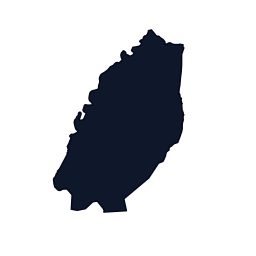 the district of La Union, Copán, Honduras, rotated 229°
{"feature_id": "27666195B95326987561994", "entity_name": "La Union", "entity_type": "district", "adm_level": 2, "iso_a3": "HND", "parent_name": "Honduras", "parent_adm1": "Copán", "projection": "robinson", "projection_center": [-88.924, 14.696], "detail": "fine", "context": "isolated", "style": "filled", "palette": "ink", "viewbox_px": 256, "rotation_deg": 229, "n_neighbors": 0, "source": "geoboundaries", "source_scale": "gbopen_adm2", "svg_char_len": 5801}
<svg xmlns="http://www.w3.org/2000/svg" viewBox="0 0 256 256"><g transform="rotate(229 128 128)"><path d="M76.7,110.8L81.5,128.0L79.9,132.5L80.2,133.0L80.4,133.4L80.6,134.5L80.8,134.7L81.1,134.9L81.3,135.2L81.4,135.5L81.4,135.9L81.5,136.2L81.6,136.4L82.0,136.6L82.2,136.9L82.3,137.2L82.2,137.7L82.3,138.0L82.5,138.2L83.0,138.6L84.3,140.5L84.6,141.1L84.7,141.5L84.6,144.3L84.6,144.6L85.3,145.1L86.0,145.8L86.2,146.0L86.3,146.5L86.3,146.9L86.3,147.3L86.0,148.2L85.9,148.9L86.0,150.7L86.0,152.4L84.5,156.0L88.1,162.8L88.8,163.7L89.7,165.5L91.8,168.3L92.2,168.7L94.9,171.0L95.5,171.7L96.6,173.0L97.3,174.3L98.1,175.1L98.9,175.8L99.4,176.2L99.7,176.3L100.1,176.3L100.3,176.4L100.5,176.7L100.6,177.3L101.4,178.7L101.5,178.8L102.0,178.8L102.8,179.1L103.0,179.2L103.3,179.6L103.5,179.7L105.0,179.9L105.1,180.0L105.1,180.3L106.5,180.4L106.5,180.5L106.6,180.9L107.0,181.3L110.3,183.7L110.7,184.2L110.8,184.7L111.0,184.9L111.2,185.0L111.4,185.0L111.5,185.0L111.6,184.8L111.7,184.7L111.9,184.7L112.1,184.8L112.4,185.0L112.7,185.5L113.1,185.8L113.3,185.9L113.6,185.8L114.6,186.7L114.9,186.9L115.0,187.0L115.0,187.4L115.3,187.6L115.5,187.6L116.6,187.6L118.1,187.8L118.3,187.9L118.4,188.4L118.7,188.8L118.8,188.8L119.0,188.6L119.3,188.8L119.7,188.6L119.8,188.7L120.0,188.9L120.1,189.0L120.2,189.3L120.6,189.3L120.9,189.1L121.0,189.1L121.9,190.2L122.6,190.7L123.0,191.4L123.3,191.6L123.6,191.7L125.9,194.7L132.7,201.8L135.0,204.4L140.2,209.6L148.4,216.8L151.8,222.6L152.5,222.7L153.6,222.7L153.8,222.9L154.3,223.8L154.5,224.0L154.8,224.0L155.0,223.9L156.2,222.8L156.7,222.5L157.1,222.2L157.4,221.8L157.6,221.1L158.2,220.3L159.2,219.3L159.8,218.5L161.1,217.3L161.9,216.7L164.0,215.9L164.6,215.6L165.0,215.3L165.2,214.9L165.5,214.1L166.2,211.6L166.2,211.2L166.3,211.0L166.7,211.1L167.4,211.4L168.4,212.0L169.0,212.3L169.5,212.4L171.5,212.5L175.0,211.6L175.8,211.5L176.4,211.5L176.9,211.4L177.3,211.1L177.7,210.9L178.2,209.8L178.3,209.8L178.5,209.8L178.9,209.9L179.2,209.8L186.6,210.0L186.8,209.7L187.4,208.4L187.9,207.7L188.0,207.4L187.9,207.2L187.5,206.8L186.8,205.7L186.0,204.1L185.8,203.4L185.8,202.7L185.9,202.0L186.0,201.6L186.4,201.1L186.5,200.8L186.5,200.5L186.5,199.9L186.2,199.3L186.0,198.8L185.3,197.8L185.1,197.3L185.2,196.7L185.7,195.8L185.9,195.1L185.9,194.8L185.8,194.1L185.7,193.8L185.5,193.6L185.3,193.7L185.1,193.8L184.1,194.0L183.6,194.0L183.3,193.9L183.0,193.5L182.7,193.0L182.4,192.3L182.3,192.1L182.3,191.5L182.3,190.7L182.5,189.9L184.2,186.8L185.5,184.9L185.6,184.7L185.3,183.8L185.0,183.3L184.4,182.0L184.2,181.6L183.9,181.5L182.9,181.5L182.0,181.8L181.0,182.1L180.7,182.1L180.5,181.9L180.5,181.4L180.1,180.4L179.9,179.7L180.6,177.2L180.8,176.7L181.2,176.4L181.8,176.2L182.6,176.0L184.0,175.3L184.7,174.8L184.9,174.7L185.2,174.8L186.2,175.6L186.9,175.8L187.8,175.7L188.7,175.4L189.1,175.2L189.3,174.9L189.2,174.6L189.0,173.9L188.9,172.4L188.6,171.8L188.1,171.0L187.3,170.2L185.7,169.3L184.9,169.0L183.7,168.7L183.4,168.6L183.3,168.4L183.2,168.1L183.0,166.7L182.9,164.8L182.9,164.3L183.0,164.1L183.3,163.7L184.8,162.5L185.0,162.1L185.2,161.5L185.2,160.6L184.9,158.0L185.1,157.0L185.6,155.5L185.7,154.6L185.6,154.0L185.3,152.5L185.1,150.9L185.1,150.3L185.2,149.1L185.4,146.7L186.0,143.5L186.0,142.8L185.9,142.3L185.6,141.4L185.2,140.6L184.8,139.8L184.4,139.3L184.0,138.9L183.7,138.6L182.8,138.2L182.4,137.9L181.8,137.4L181.2,136.9L180.7,136.3L180.3,135.7L180.1,135.3L179.8,134.6L179.6,134.3L178.7,133.2L177.6,132.1L177.3,131.6L177.1,131.3L177.0,130.8L177.2,130.0L179.1,126.1L179.6,124.9L179.7,123.9L179.6,123.0L179.4,122.4L179.0,121.7L178.0,120.4L176.6,118.7L175.7,117.9L175.1,117.5L174.3,117.2L173.5,117.0L171.9,117.2L170.6,117.2L169.9,117.1L169.1,117.0L168.9,116.8L168.8,116.7L168.8,116.3L169.0,115.9L171.7,112.5L172.0,112.3L172.8,111.7L173.4,111.1L173.7,110.5L173.7,110.3L173.6,109.9L173.3,109.4L172.6,108.5L171.2,106.0L171.0,105.8L170.2,105.5L169.3,105.4L169.0,105.5L167.9,106.0L167.2,106.2L166.7,106.2L166.2,105.7L165.7,104.4L164.5,102.1L163.9,100.6L163.7,99.6L163.8,99.2L164.0,98.7L164.5,97.9L165.0,97.3L165.3,97.0L165.6,96.8L165.9,96.8L166.3,96.8L166.5,96.9L166.8,97.2L167.3,98.4L168.4,100.2L168.9,101.1L169.5,101.9L170.2,102.3L170.5,102.4L171.1,102.3L171.5,102.0L171.7,101.7L171.7,101.4L171.8,101.0L171.7,100.7L171.3,100.0L170.5,99.2L170.1,98.7L170.0,97.9L170.0,96.6L169.7,96.0L169.5,95.9L169.2,95.7L169.1,95.0L169.1,93.8L169.0,93.4L168.8,93.0L168.2,91.9L167.7,91.4L167.4,91.1L166.1,90.2L164.1,89.2L162.5,88.4L161.6,88.1L161.1,88.0L160.5,88.0L159.3,88.1L159.0,88.1L158.5,88.0L158.3,87.8L158.1,87.6L158.0,87.2L158.0,86.6L158.9,82.8L159.1,82.5L159.5,82.0L160.4,81.1L160.4,80.1L160.3,79.3L160.2,78.9L160.0,78.7L159.5,78.6L159.4,78.6L158.7,78.9L158.4,78.9L158.1,78.7L157.7,78.0L156.9,77.0L156.6,76.3L156.6,75.9L156.5,75.7L156.2,75.2L155.7,74.5L154.9,72.8L154.6,72.5L154.5,71.5L154.0,70.9L153.9,70.4L153.7,70.0L153.2,70.1L152.7,69.6L151.8,69.2L151.5,69.2L150.9,69.3L150.6,69.3L150.4,69.2L150.3,68.9L150.6,68.2L150.5,67.8L150.2,67.6L149.8,67.4L149.0,67.3L148.9,67.2L148.9,66.8L149.1,66.3L149.1,65.8L149.0,65.6L148.8,65.5L148.1,65.3L142.2,50.1L142.0,49.3L141.7,46.9L141.6,46.5L141.4,46.2L140.7,45.4L140.4,45.1L140.4,44.9L140.5,44.5L140.4,43.9L140.3,43.7L140.1,43.5L139.9,43.0L139.3,42.0L138.9,41.4L138.9,40.4L138.8,39.6L138.7,39.3L138.1,38.2L137.7,37.8L136.9,37.3L135.5,36.4L134.5,35.5L134.2,35.4L133.3,35.1L132.5,34.5L132.0,34.3L131.6,34.1L131.2,34.1L130.9,34.2L130.3,34.4L129.3,34.2L127.9,34.4L127.3,34.5L126.6,34.8L126.0,35.2L125.6,35.6L125.4,36.0L125.2,36.4L125.1,36.8L125.1,37.4L125.0,37.8L124.4,39.0L124.1,39.6L123.5,40.2L122.7,41.2L121.9,42.0L114.2,42.0L103.9,32.0L99.3,35.6L95.1,42.9L95.5,53.0L93.0,56.9L82.6,56.5L82.5,56.2L82.3,56.1L82.0,56.1L81.6,56.2L81.4,56.2L81.2,55.9L81.1,55.3L80.3,54.8L66.7,72.5L77.3,78.4L76.7,110.8Z" fill="#0f172a" stroke="#020617" stroke-width="1.5"/></g></svg>